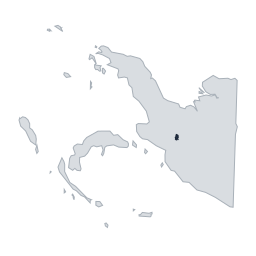 Sina Sina Yonggomugl District, Chimbu, Papua New Guinea shown in context, rotated 182°
{"feature_id": "67681753B55512371565991", "entity_name": "Sina Sina Yonggomugl District", "entity_type": "district", "adm_level": 2, "iso_a3": "PNG", "parent_name": "Papua New Guinea", "parent_adm1": "Chimbu", "projection": "equal_earth", "projection_center": [145.006, -6.094], "detail": "fine", "context": "in_parent", "style": "filled", "palette": "slate", "viewbox_px": 256, "rotation_deg": 182, "n_neighbors": 0, "source": "geoboundaries", "source_scale": "gbopen_adm2", "svg_char_len": 4231}
<svg xmlns="http://www.w3.org/2000/svg" viewBox="0 0 256 256"><g transform="rotate(182 128 128)"><path d="M20.6,179.4L20.4,136.3L18.8,133.1L20.4,125.4L20.2,52.5L23.3,52.8L38.2,61.7L48.3,66.4L57.0,68.5L65.1,75.8L71.1,76.2L79.9,86.5L83.5,87.2L89.8,95.7L90.1,102.6L89.5,107.0L99.0,111.2L108.1,117.1L113.1,117.7L115.8,119.8L119.2,124.8L119.8,131.6L117.9,132.8L109.3,132.7L106.9,134.9L110.3,145.5L118.0,155.2L123.8,159.7L125.5,168.4L128.5,171.1L130.4,178.1L133.4,178.8L139.2,177.7L140.2,180.6L139.3,185.0L140.1,186.8L150.9,190.5L147.3,192.7L148.9,196.8L155.9,200.2L160.3,201.5L162.9,201.1L159.9,203.1L157.1,202.5L156.6,203.1L157.7,204.8L160.0,206.5L157.6,208.9L155.3,209.2L150.9,207.7L147.1,203.3L135.4,201.5L131.3,199.6L128.1,200.2L118.6,197.9L115.5,194.8L113.4,190.2L107.8,184.6L106.4,181.9L107.0,178.2L105.4,178.8L102.2,176.1L93.6,159.1L89.2,156.7L78.3,153.8L76.7,150.5L71.6,149.2L70.4,151.4L66.3,152.9L62.7,151.3L59.2,147.1L63.4,156.6L61.9,156.5L62.6,158.0L61.8,158.2L57.2,157.7L58.6,161.5L51.1,163.7L45.6,162.9L42.9,163.9L41.8,163.8L40.3,160.9L38.3,161.4L40.0,161.5L42.2,164.8L46.9,164.4L51.4,166.9L55.2,172.5L55.1,176.3L44.7,183.5L38.7,180.4L29.9,181.2L26.8,180.0L22.9,181.4L20.6,179.4ZM177.5,83.9L179.7,85.8L181.8,83.8L186.0,86.3L185.2,95.7L183.8,98.3L180.3,99.2L179.9,100.6L182.1,106.1L181.2,108.1L178.1,110.2L173.0,109.9L171.7,113.7L168.9,117.1L157.9,123.8L146.0,124.3L142.1,120.2L138.0,121.0L132.5,116.1L127.9,114.1L127.0,112.2L127.1,109.8L128.4,108.4L136.6,108.6L141.8,110.6L148.6,109.4L150.5,107.9L151.3,101.9L152.4,99.4L153.6,100.5L152.1,105.2L153.7,109.4L158.6,108.1L161.7,109.1L164.1,107.9L167.6,101.4L170.3,98.4L175.3,96.9L175.3,92.1L173.5,85.5L174.2,83.6L177.5,83.9ZM237.2,132.1L236.6,134.2L236.3,133.5L233.7,135.5L230.9,134.9L228.3,132.7L226.4,128.9L226.3,124.7L223.6,122.8L220.0,117.3L219.3,113.7L219.6,107.8L224.9,111.3L230.2,121.5L235.3,126.1L237.2,132.1ZM196.6,86.5L193.0,95.9L190.8,92.1L190.0,89.4L189.8,82.2L184.2,71.5L178.4,67.9L166.7,56.8L162.0,55.0L163.2,54.5L163.2,51.8L169.0,57.6L172.6,59.0L177.4,63.5L180.7,65.0L194.9,81.7L196.6,86.5ZM102.7,40.0L113.8,40.4L114.0,41.7L112.6,41.8L110.7,44.1L104.0,43.5L101.1,44.6L100.9,43.0L102.0,42.6L101.8,40.9L102.7,40.0ZM158.4,183.8L160.4,185.4L162.2,185.2L163.4,187.0L163.6,190.0L162.9,190.7L162.4,189.8L157.0,189.2L158.1,187.5L157.1,184.1L158.4,183.8ZM157.5,53.5L153.6,53.5L150.7,49.8L154.5,48.1L157.4,49.7L157.5,53.5ZM166.3,196.9L168.8,195.0L169.4,195.7L168.4,200.3L164.5,198.3L161.9,190.9L166.3,196.9ZM187.1,177.3L191.4,176.4L193.4,178.4L194.0,179.2L193.6,181.1L190.0,180.3L187.1,177.3ZM196.6,222.2L204.6,227.2L201.6,228.1L199.1,226.7L198.8,225.5L197.8,225.9L198.3,225.0L196.6,222.2ZM122.5,115.3L118.9,111.4L119.1,108.8L122.9,111.1L122.5,115.3ZM155.7,186.7L154.7,186.8L152.4,184.1L153.8,181.1L155.4,182.2L155.7,186.7ZM218.4,107.6L216.9,101.3L218.2,99.4L219.6,103.4L218.4,107.6ZM110.2,107.6L107.7,105.2L109.5,102.9L110.6,104.1L110.2,107.6ZM147.8,31.8L146.5,32.3L144.6,30.2L145.1,27.9L147.2,29.4L147.8,31.8ZM93.9,92.1L92.5,94.4L91.5,92.7L93.1,90.2L93.9,92.1ZM167.0,165.8L167.1,173.3L165.9,171.8L166.5,168.7L165.4,167.8L167.0,165.8ZM56.2,167.7L58.6,170.8L52.8,165.9L56.2,167.7ZM58.2,167.0L55.1,165.7L54.4,164.8L58.2,165.2L58.2,167.0ZM212.1,222.9L211.9,223.9L209.8,224.1L208.4,222.6L209.8,223.0L209.6,221.9L212.1,222.9ZM189.5,60.9L189.6,64.4L188.1,62.0L189.5,60.9ZM181.7,59.1L181.0,60.0L179.6,57.6L179.8,57.1L181.7,59.1ZM163.6,207.5L163.4,209.0L162.0,208.2L162.2,207.2L163.6,207.5ZM180.4,56.4L179.3,56.8L179.4,54.4L180.4,56.4ZM119.8,45.4L119.9,47.1L118.4,46.7L119.8,45.4ZM204.3,80.4L204.1,82.0L203.2,81.5L204.3,80.4Z" fill="#d9dde1" stroke="#a8b0b8" stroke-width="1"/><path d="M80.0,118.5L79.3,118.0L79.2,118.0L78.7,118.2L78.7,118.3L78.6,118.5L78.5,118.8L78.4,118.9L78.4,119.0L78.4,119.3L78.2,119.2L78.3,119.4L78.0,120.3L77.9,120.4L77.8,120.5L77.7,120.5L77.7,120.8L77.8,121.0L77.8,121.3L77.9,121.5L77.9,121.8L77.9,122.0L78.0,122.1L78.0,122.3L78.7,122.7L78.8,122.7L78.9,122.8L79.0,122.8L79.2,123.0L79.3,123.0L79.3,122.9L79.3,122.7L79.3,122.4L79.4,122.2L79.5,122.1L79.4,122.0L79.3,121.9L79.2,121.8L79.2,121.7L79.3,121.7L79.4,121.4L79.5,121.4L79.6,121.2L79.8,120.8L79.8,120.7L80.2,120.3L79.9,119.7L80.0,118.5Z" fill="#64748b" stroke="#1e293b" stroke-width="1.5"/></g></svg>